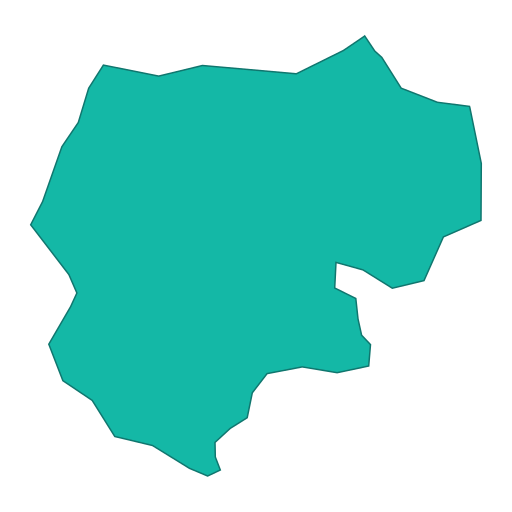 outline of Donduseni
{"feature_id": "MDA-1614", "entity_name": "Donduseni", "entity_type": "District", "adm_level": 1, "iso_a3": "MDA", "parent_name": "Moldova", "parent_adm1": "", "projection": "mercator", "projection_center": [27.772, 48.214], "detail": "fine", "context": "isolated", "style": "filled", "palette": "teal", "viewbox_px": 512, "rotation_deg": 0, "n_neighbors": 0, "source": "natural_earth", "source_scale": "10m", "svg_char_len": 721}
<svg xmlns="http://www.w3.org/2000/svg" viewBox="0 0 512 512"><path d="M364.7,36.0L374.8,51.1L381.8,57.4L401.2,88.2L437.4,102.3L469.5,106.4L469.8,107.4L481.3,163.5L481.0,220.4L443.4,236.9L424.0,280.6L392.3,288.2L363.0,269.9L336.0,262.4L334.7,288.0L355.8,298.5L358.0,318.9L361.6,335.2L370.5,344.6L368.7,366.0L337.1,372.7L302.2,366.9L267.1,373.6L252.3,392.8L247.2,417.7L230.2,428.4L215.0,442.4L215.3,457.0L220.3,470.0L207.6,476.0L189.4,468.3L152.5,445.5L114.8,436.5L92.2,400.4L62.9,380.7L48.8,344.2L70.6,306.7L76.9,293.0L68.9,274.6L30.7,224.8L42.6,201.6L61.9,146.7L78.3,122.5L88.7,88.2L103.4,65.1L158.7,76.1L202.4,65.5L296.3,73.8L343.4,50.5L364.6,36.1L364.7,36.0Z" fill="#14b8a6" stroke="#0f766e" stroke-width="1.5"/></svg>